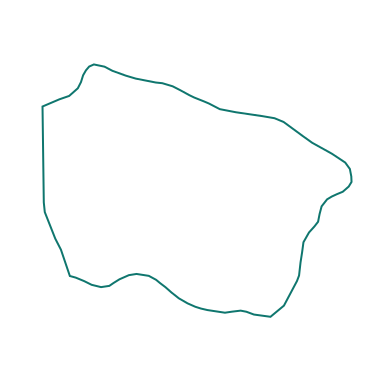 outline of San Gabriel, Suchitepéquez, Guatemala, rotated 96°
{"feature_id": "79465075B61166037793938", "entity_name": "San Gabriel", "entity_type": "district", "adm_level": 2, "iso_a3": "GTM", "parent_name": "Guatemala", "parent_adm1": "Suchitepéquez", "projection": "robinson", "projection_center": [-91.514, 14.509], "detail": "fine", "context": "isolated", "style": "outline", "palette": "teal", "viewbox_px": 384, "rotation_deg": 96, "n_neighbors": 0, "source": "geoboundaries", "source_scale": "gbopen_adm2", "svg_char_len": 1087}
<svg xmlns="http://www.w3.org/2000/svg" viewBox="0 0 384 384"><g transform="rotate(96 192 192)"><path d="M122.6,349.6L217.9,338.3L227.4,336.3L252.7,323.1L263.1,316.3L288.3,304.7L289.3,298.7L291.9,289.9L294.8,282.1L296.1,272.5L294.0,264.4L290.6,260.4L286.4,255.0L281.3,246.1L279.3,238.6L279.9,226.2L283.1,218.5L285.9,214.3L289.4,208.5L294.1,201.9L299.1,194.0L303.2,184.8L305.8,176.7L307.0,170.8L307.8,164.3L308.6,146.6L306.8,139.6L304.9,131.2L305.4,125.4L307.4,117.6L307.9,100.9L295.4,88.7L269.6,78.3L263.9,76.8L250.6,76.7L240.5,76.2L230.3,75.9L220.0,71.4L213.4,66.6L208.4,63.5L200.5,62.8L192.7,61.6L185.2,56.9L181.9,52.5L179.1,47.8L176.0,42.1L170.2,36.7L165.3,34.4L159.9,35.2L152.6,37.4L146.7,42.7L139.3,56.9L130.5,77.6L124.6,88.0L112.8,108.2L110.0,117.6L109.2,129.9L108.1,156.7L106.7,173.0L102.2,184.5L100.7,189.4L97.8,199.7L96.0,204.7L91.8,214.8L88.9,222.3L86.9,232.9L86.9,239.5L85.1,259.8L83.2,270.0L79.8,283.8L76.5,292.1L75.4,302.9L78.0,307.4L82.1,310.2L87.3,312.5L94.3,313.9L100.8,316.4L109.3,324.2L113.7,333.6L122.6,349.6Z" fill="none" stroke="#0f766e" stroke-width="2"/></g></svg>